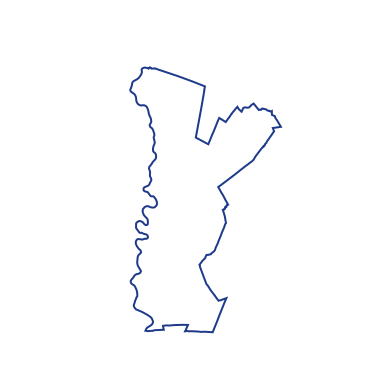 Gavojdia, Timis, Romania (Robinson projection), rotated 240°
{"feature_id": "2599482B38045497727994", "entity_name": "Gavojdia", "entity_type": "district", "adm_level": 2, "iso_a3": "ROU", "parent_name": "Romania", "parent_adm1": "Timis", "projection": "robinson", "projection_center": [22.005, 45.609], "detail": "fine", "context": "isolated", "style": "outline", "palette": "blue", "viewbox_px": 384, "rotation_deg": 240, "n_neighbors": 0, "source": "geoboundaries", "source_scale": "gbopen_adm2", "svg_char_len": 5971}
<svg xmlns="http://www.w3.org/2000/svg" viewBox="0 0 384 384"><g transform="rotate(240 192 192)"><path d="M178.4,121.2L178.0,119.7L177.4,118.9L176.2,117.9L174.9,117.4L173.0,117.2L172.0,117.2L170.1,117.4L169.4,117.5L167.5,118.2L166.1,118.1L165.6,117.9L165.0,117.5L164.8,116.8L164.6,116.2L164.4,115.3L164.1,114.2L163.6,113.4L162.9,112.5L159.7,110.2L158.2,109.2L157.1,108.8L156.1,108.4L154.0,108.2L150.1,108.3L149.0,108.2L148.7,107.9L148.0,106.9L147.9,106.1L147.9,104.8L148.3,103.6L148.6,102.8L148.6,101.8L148.5,100.8L148.3,100.2L147.3,98.5L146.1,95.1L145.8,94.6L145.2,94.2L144.4,93.9L143.6,93.7L142.9,93.8L142.1,94.1L141.2,94.5L140.6,94.9L139.7,95.3L137.9,95.3L135.6,95.1L134.4,94.9L133.1,94.5L131.2,93.7L130.0,93.1L128.9,92.3L128.5,91.2L128.2,90.8L127.6,90.3L126.2,88.3L124.5,86.6L123.9,85.9L123.5,85.4L123.0,84.9L122.3,84.6L121.5,84.5L120.7,84.4L119.9,84.5L119.0,84.7L118.1,85.0L116.3,86.4L112.8,89.0L110.1,90.6L109.0,91.3L106.3,92.8L104.0,93.7L103.3,93.9L102.4,93.9L99.8,93.6L99.2,93.4L98.5,92.9L97.4,91.4L97.1,89.7L97.0,88.0L97.0,86.3L96.9,85.3L96.7,84.7L96.3,83.9L95.1,82.3L94.7,82.8L94.4,83.3L93.8,83.8L93.5,84.4L92.8,85.7L92.2,87.2L91.8,88.0L91.5,88.3L91.3,88.7L91.2,89.1L91.2,89.4L91.3,89.5L91.1,90.3L89.6,93.3L86.8,98.7L88.5,99.2L90.6,100.0L89.2,103.3L88.2,104.8L87.9,105.2L86.5,108.1L86.1,109.2L82.3,116.3L80.5,119.4L78.9,122.0L74.8,116.4L74.4,117.5L74.0,118.4L73.0,119.5L71.6,122.1L68.9,126.3L67.4,128.5L66.5,129.6L64.6,133.2L60.2,139.8L67.8,149.5L71.7,154.3L79.8,164.6L82.9,168.7L83.9,162.9L84.6,160.6L89.7,160.0L90.7,160.0L91.9,159.8L97.0,159.1L101.7,158.9L101.9,159.0L105.1,158.5L112.0,159.6L121.4,161.2L123.3,161.5L123.6,161.6L124.3,162.1L125.3,162.1L125.4,162.4L126.2,164.4L127.2,166.7L128.1,170.1L128.3,170.5L128.9,171.1L130.1,172.8L130.2,173.0L130.2,173.5L129.5,174.2L129.3,175.3L129.2,175.7L129.2,175.9L129.0,176.1L128.9,176.3L128.7,177.0L128.7,177.3L129.1,177.9L129.4,179.9L129.5,181.0L129.9,182.2L130.7,183.4L131.7,184.4L135.2,189.4L135.6,189.8L135.9,190.0L140.1,195.5L142.0,197.7L145.5,202.4L147.1,204.1L148.0,205.5L148.1,205.9L154.7,208.3L161.0,209.8L160.8,210.2L160.8,210.3L161.2,210.8L161.2,211.0L160.8,211.4L160.8,211.6L161.1,212.3L161.3,212.5L161.7,212.7L161.7,212.8L161.8,212.9L162.3,213.1L162.5,213.5L162.5,214.0L162.0,214.2L161.9,214.3L162.1,214.6L162.8,214.9L163.0,215.3L163.2,215.6L163.0,216.1L163.2,216.6L163.1,216.9L164.5,216.9L164.7,217.0L168.3,217.0L172.5,217.2L175.4,217.2L176.2,217.1L180.9,217.2L181.4,217.2L183.2,217.2L183.5,220.6L183.8,222.5L184.0,224.4L184.1,225.0L184.4,227.5L185.6,237.0L187.3,248.4L188.7,259.9L189.3,261.8L190.9,264.4L193.7,271.0L195.4,275.3L195.3,275.6L195.7,276.2L195.4,276.6L195.7,277.0L196.1,277.3L196.0,278.4L196.9,279.1L197.3,280.9L198.0,281.6L203.5,293.4L207.0,294.0L204.0,301.6L209.9,301.5L211.8,301.5L214.2,301.2L214.9,301.3L216.2,301.7L218.8,299.8L222.2,301.6L222.2,300.5L222.5,300.4L222.7,300.1L223.0,300.0L223.3,299.9L223.5,299.8L223.5,299.4L224.2,298.7L224.8,298.2L226.7,297.3L227.3,296.8L227.6,296.1L227.9,295.7L228.6,295.3L228.9,295.0L229.2,294.5L229.2,294.0L228.8,293.5L228.6,292.9L228.7,292.7L229.2,292.4L229.5,291.8L229.6,291.0L230.0,291.1L230.6,290.7L237.8,289.6L237.6,286.8L236.7,283.9L236.7,283.7L236.9,283.0L237.5,281.8L238.7,280.4L238.8,280.1L238.9,279.5L239.2,278.6L236.7,275.1L237.1,274.9L240.3,274.0L241.2,273.9L243.1,273.9L242.6,272.6L242.4,271.5L242.1,271.0L241.5,269.6L240.5,266.7L239.2,263.8L238.2,261.9L237.3,259.6L236.6,258.2L236.0,256.7L235.7,256.2L240.3,253.8L242.5,252.6L241.7,251.4L239.7,248.7L239.0,247.9L232.9,240.1L232.5,239.4L225.2,230.0L237.2,222.5L254.1,236.9L259.1,241.2L273.7,253.4L273.8,253.3L277.0,256.0L287.2,247.9L294.4,241.9L300.0,237.2L315.8,223.2L317.7,221.7L317.7,221.1L317.9,220.7L318.1,220.3L318.6,219.7L319.0,218.9L319.1,219.0L321.0,217.9L320.6,216.7L320.6,216.1L321.3,216.0L321.6,215.3L322.6,214.3L323.4,213.3L323.7,212.1L323.8,211.0L323.7,210.2L323.3,209.7L322.5,209.2L321.2,208.8L320.3,208.1L319.2,206.7L318.4,205.2L317.7,203.7L317.2,201.7L317.1,199.8L317.2,197.7L317.1,196.5L316.8,195.4L316.0,194.5L314.7,193.5L312.9,191.6L311.9,190.2L311.4,189.7L310.6,189.3L309.7,189.3L308.2,189.8L306.4,190.7L305.2,191.1L304.2,191.2L302.2,190.9L298.3,189.2L297.0,189.1L295.7,189.1L294.5,189.5L293.6,190.0L292.3,191.2L291.8,192.7L290.9,194.1L289.3,195.1L288.6,195.3L287.7,195.4L285.0,195.0L281.7,193.9L279.9,193.4L276.9,193.2L275.2,192.8L273.1,191.8L272.3,190.7L271.5,189.2L270.8,188.6L269.5,188.4L268.4,188.7L267.3,189.2L265.9,189.3L263.8,189.0L261.2,188.4L260.5,188.1L259.7,187.6L259.1,186.7L258.2,186.0L256.3,185.4L254.5,184.9L253.3,184.4L252.4,183.5L250.8,181.4L249.1,179.9L247.9,179.2L246.8,178.8L246.0,178.8L245.3,179.0L244.5,179.4L243.5,179.5L242.5,179.5L241.8,179.2L240.6,178.6L239.7,178.0L238.7,176.7L238.3,175.5L238.1,174.5L237.4,172.7L236.5,171.1L235.0,167.4L234.0,166.6L233.0,166.3L231.3,166.0L229.7,165.4L228.5,164.5L227.5,163.9L226.5,163.5L223.6,163.2L222.5,162.6L221.7,161.5L221.2,160.5L220.2,159.3L219.6,158.1L219.4,157.2L219.5,156.1L219.8,154.1L219.9,153.1L219.6,152.2L218.7,151.5L217.9,151.0L217.1,151.0L216.3,151.5L215.3,152.2L214.6,153.1L213.9,153.6L210.9,153.9L209.2,154.2L208.6,154.6L208.1,155.4L207.6,156.3L206.9,156.7L203.8,157.0L202.7,156.9L201.0,156.6L199.5,155.9L198.5,155.1L197.9,153.9L197.5,152.3L197.6,151.3L198.2,150.1L198.8,149.3L199.9,148.2L201.7,146.9L202.3,145.7L202.6,144.6L202.6,143.5L201.7,140.9L200.8,140.2L199.6,139.4L198.4,139.1L196.4,138.8L195.2,138.9L191.2,139.9L190.1,139.7L189.4,139.4L188.4,139.0L186.5,137.8L186.1,137.2L186.0,136.7L186.2,136.0L186.4,135.5L187.0,135.1L188.6,134.5L190.2,134.3L191.5,133.6L192.7,132.7L193.2,131.8L193.4,130.9L193.3,129.8L193.2,128.8L192.7,127.9L191.6,127.2L190.6,126.7L189.9,126.1L188.6,125.6L187.6,125.6L185.0,126.0L183.6,126.1L182.8,126.3L182.4,126.9L181.9,128.0L180.6,128.8L179.6,129.6L178.8,130.5L178.0,131.2L176.8,131.7L175.3,131.5L174.8,131.2L174.2,130.2L174.3,129.0L175.0,128.1L175.7,125.0L177.1,123.4L178.0,122.1L178.4,121.2Z" fill="none" stroke="#1e3a8a" stroke-width="2"/></g></svg>